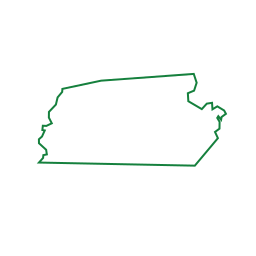 Trinity, Texas, United States of America, rotated 220°
{"feature_id": "52423323B67589001499387", "entity_name": "Trinity", "entity_type": "district", "adm_level": 2, "iso_a3": "USA", "parent_name": "United States of America", "parent_adm1": "Texas", "projection": "orthographic", "projection_center": [-95.135, 31.106], "detail": "fine", "context": "isolated", "style": "outline", "palette": "green", "viewbox_px": 256, "rotation_deg": 220, "n_neighbors": 0, "source": "geoboundaries", "source_scale": "gbopen_adm2", "svg_char_len": 636}
<svg xmlns="http://www.w3.org/2000/svg" viewBox="0 0 256 256"><g transform="rotate(220 128 128)"><path d="M52.6,142.1L52.6,178.0L58.8,180.9L57.5,186.3L61.8,191.6L66.1,193.1L66.4,195.1L62.0,194.2L63.4,196.6L62.1,201.8L65.6,203.2L73.5,202.0L75.3,196.6L79.8,201.3L83.3,197.3L83.6,189.9L99.0,187.3L104.5,193.1L101.4,199.1L104.5,206.8L112.4,211.7L179.0,147.0L203.4,115.8L201.6,113.3L201.6,106.2L198.3,99.6L198.9,89.5L195.3,85.1L189.4,82.6L191.9,77.1L194.7,75.0L192.3,71.4L190.2,72.6L188.4,66.2L189.0,62.1L186.4,59.1L176.7,58.7L173.2,55.6L175.4,52.8L173.8,50.5L174.0,44.3L52.6,142.1Z" fill="none" stroke="#15803d" stroke-width="2"/></g></svg>